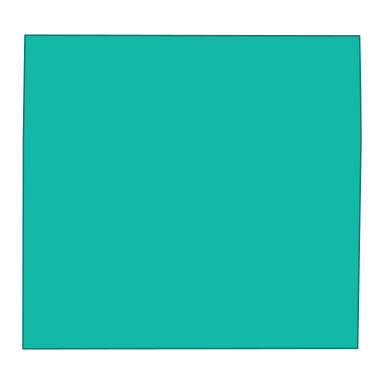 outline of Morgan, Colorado, United States of America
{"feature_id": "52423323B36386554823718", "entity_name": "Morgan", "entity_type": "district", "adm_level": 2, "iso_a3": "USA", "parent_name": "United States of America", "parent_adm1": "Colorado", "projection": "robinson", "projection_center": [-103.707, 40.263], "detail": "fine", "context": "isolated", "style": "filled", "palette": "teal", "viewbox_px": 384, "rotation_deg": 0, "n_neighbors": 0, "source": "geoboundaries", "source_scale": "gbopen_adm2", "svg_char_len": 244}
<svg xmlns="http://www.w3.org/2000/svg" viewBox="0 0 384 384"><path d="M360.5,88.0L359.6,35.9L303.2,35.8L25.0,35.2L23.4,139.5L23.0,348.8L242.3,348.5L357.6,348.4L361.0,139.7L360.5,88.0Z" fill="#14b8a6" stroke="#0f766e" stroke-width="1.5"/></svg>